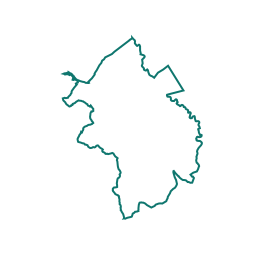 outline of Vulcan, Brasov, Romania, rotated 304°
{"feature_id": "2599482B91896780036190", "entity_name": "Vulcan", "entity_type": "district", "adm_level": 2, "iso_a3": "ROU", "parent_name": "Romania", "parent_adm1": "Brasov", "projection": "orthographic", "projection_center": [25.394, 45.633], "detail": "fine", "context": "isolated", "style": "outline", "palette": "teal", "viewbox_px": 256, "rotation_deg": 304, "n_neighbors": 0, "source": "geoboundaries", "source_scale": "gbopen_adm2", "svg_char_len": 5771}
<svg xmlns="http://www.w3.org/2000/svg" viewBox="0 0 256 256"><g transform="rotate(304 128 128)"><path d="M118.6,211.8L123.4,210.6L124.0,209.0L123.5,208.4L124.3,205.9L127.5,207.1L130.5,209.4L133.0,209.1L135.4,208.4L136.2,208.3L137.2,206.9L137.2,206.4L137.7,205.2L137.6,204.5L138.0,203.9L139.3,202.6L141.4,201.8L142.4,200.8L143.4,200.6L144.1,200.3L145.4,200.1L146.1,199.6L147.1,198.4L148.4,197.9L151.1,197.7L154.5,198.2L155.7,198.1L156.3,198.0L157.2,197.3L157.5,195.8L157.5,195.1L157.2,194.4L156.6,193.5L156.1,192.4L156.2,191.7L156.4,191.4L156.6,191.2L156.9,191.2L157.3,190.5L159.0,190.2L159.6,190.5L160.2,192.1L161.1,193.1L161.9,193.5L162.7,193.4L163.3,193.0L163.2,192.4L162.7,191.9L162.5,191.4L163.2,190.6L163.7,189.5L165.3,188.1L165.9,187.1L166.5,186.8L168.0,187.7L169.1,186.4L169.7,185.0L170.0,184.7L170.5,184.4L172.1,184.2L172.6,183.9L173.0,183.4L173.0,182.7L172.9,182.3L172.0,181.2L171.6,180.5L171.6,180.2L173.3,178.1L174.4,177.3L174.9,176.7L174.9,176.3L173.9,175.4L173.5,175.2L171.9,175.4L171.1,174.5L171.0,173.7L171.2,173.2L171.6,172.9L172.1,172.9L173.8,172.1L175.1,171.9L175.6,171.5L175.8,171.0L175.7,170.4L175.4,170.1L174.9,170.0L174.5,169.7L174.4,169.2L176.3,167.9L176.4,166.9L176.1,165.7L176.2,165.1L177.0,164.2L177.1,163.5L176.6,162.5L177.5,161.4L177.5,160.3L177.3,159.8L176.6,159.3L175.6,159.3L175.2,158.9L175.4,157.6L175.2,155.8L175.3,155.1L175.5,154.6L175.9,154.5L177.0,154.8L177.3,154.6L177.7,153.6L178.4,153.2L178.7,152.5L178.7,151.9L178.6,151.7L177.9,151.4L176.1,151.1L175.1,149.4L175.0,148.8L175.1,148.2L175.3,147.8L176.8,146.8L177.2,146.1L177.3,145.4L177.1,144.9L176.2,143.5L176.1,143.1L176.6,142.3L176.9,142.0L177.4,141.8L178.5,142.7L190.1,153.0L202.0,126.4L196.2,124.5L190.6,121.9L184.3,121.6L184.4,119.4L184.0,117.4L184.1,115.9L185.6,113.7L187.0,112.3L187.3,111.2L186.9,111.0L186.2,111.0L185.6,110.7L185.2,109.1L185.5,108.4L186.2,108.0L186.6,107.1L186.9,105.4L187.3,104.7L189.8,104.0L192.6,101.5L195.1,102.0L196.4,102.0L196.9,101.5L197.1,100.3L196.1,97.2L196.9,96.9L199.0,94.7L202.5,92.3L203.3,90.9L203.2,90.5L202.7,90.3L201.3,89.8L201.1,89.4L202.0,86.4L202.7,85.9L203.9,85.3L204.5,84.4L204.7,82.8L205.2,81.0L204.7,81.4L202.0,80.1L201.7,80.2L183.7,74.1L180.3,73.3L173.8,69.6L171.5,69.7L169.4,68.9L167.0,69.5L164.0,69.2L158.1,69.8L156.7,69.7L154.2,69.9L153.7,70.5L148.9,70.3L146.3,69.7L146.0,69.8L145.7,69.6L144.2,69.3L143.6,70.4L143.3,70.2L142.8,69.5L142.5,68.7L141.9,68.0L141.6,65.9L141.0,64.7L140.1,62.0L139.9,61.2L139.9,60.4L139.4,59.5L139.5,57.0L139.8,56.3L139.7,55.8L140.0,55.6L140.3,54.4L140.6,54.2L140.5,53.3L141.1,52.1L141.2,51.4L141.3,50.3L140.9,48.8L140.9,48.5L141.1,48.1L141.0,47.5L141.0,47.3L140.3,47.6L140.1,47.5L139.6,46.6L139.0,46.2L137.7,44.7L136.9,44.2L137.2,45.0L137.1,45.9L137.7,46.3L139.2,48.5L139.1,49.7L139.2,50.0L140.0,50.2L140.2,50.4L140.3,50.9L140.5,51.0L140.1,51.6L139.8,53.2L139.1,54.5L138.7,54.7L137.5,54.9L137.0,55.1L137.3,55.8L137.9,55.8L138.0,56.4L138.7,56.7L138.7,57.9L138.8,58.3L138.7,59.8L138.4,60.4L137.7,61.0L135.7,59.9L134.9,60.9L135.0,61.2L131.4,60.8L127.6,60.7L126.8,60.8L125.4,61.6L124.6,61.5L123.0,61.7L122.0,61.4L120.0,61.1L119.5,61.3L118.0,59.8L117.6,58.6L116.1,57.4L114.7,59.0L114.2,61.8L113.7,62.5L113.3,63.6L113.2,64.2L113.2,65.4L113.0,67.0L113.1,67.5L113.5,67.8L114.4,68.4L114.9,68.2L115.3,68.3L115.7,68.9L116.2,69.1L117.1,68.7L117.4,69.1L118.3,69.5L119.0,70.0L120.8,70.4L123.3,71.6L123.4,72.2L124.4,74.1L124.6,75.3L125.0,76.0L124.9,77.4L125.0,77.9L125.0,78.3L124.8,80.0L125.0,81.0L124.4,81.8L124.2,82.4L124.6,83.8L124.5,84.5L125.8,84.5L124.5,88.0L124.5,88.4L122.7,89.7L121.6,89.2L121.3,88.4L119.3,88.6L117.7,89.5L116.2,90.2L114.9,91.3L114.6,91.8L113.9,93.7L113.5,94.1L113.4,95.1L113.1,95.5L112.9,96.2L112.7,96.4L111.8,96.0L111.4,96.0L109.7,94.9L108.5,93.5L107.3,92.9L106.8,92.8L105.1,91.5L103.5,91.0L102.6,91.1L101.9,91.7L101.2,91.9L100.0,91.9L98.4,92.4L98.1,92.2L98.5,91.7L98.5,91.3L97.8,91.6L96.1,91.8L95.3,91.6L93.4,92.0L92.4,92.0L90.8,92.3L90.2,92.7L88.7,94.3L88.8,94.5L88.8,95.1L89.4,96.6L90.0,99.1L90.5,99.9L90.5,100.6L90.2,101.7L90.7,102.4L90.7,102.8L91.1,104.0L90.2,105.6L90.2,107.4L90.3,107.9L91.3,109.1L92.4,109.6L92.7,109.8L93.1,111.0L93.6,111.4L94.0,111.6L95.2,111.7L95.7,111.8L96.7,112.7L96.7,113.2L96.2,114.8L96.0,116.3L96.2,117.9L96.1,119.2L94.9,119.3L94.3,119.8L94.1,120.5L94.4,121.9L94.4,122.8L94.0,123.8L94.6,124.8L95.0,125.0L95.2,126.1L97.5,128.2L98.5,128.9L98.7,130.2L97.9,131.8L97.3,133.4L97.2,136.2L96.9,136.4L96.0,136.4L95.1,136.8L94.3,137.9L90.8,140.8L89.8,141.8L88.6,143.3L88.2,144.9L87.4,146.3L86.8,146.9L85.7,147.1L84.8,147.0L84.1,147.9L83.4,148.3L82.1,148.4L80.5,147.7L79.4,148.0L75.8,149.7L74.7,150.8L73.0,152.0L72.8,151.9L71.7,150.8L70.9,149.7L70.5,149.6L69.4,149.4L68.9,149.5L68.0,150.3L67.6,150.4L67.3,150.9L66.7,153.1L66.1,154.5L66.4,156.3L66.4,156.8L66.6,157.1L66.6,157.6L66.3,158.2L66.4,158.5L66.0,158.8L65.8,159.2L65.1,159.5L64.7,160.2L64.0,160.9L62.1,162.1L61.5,162.9L60.2,163.6L59.9,164.8L59.3,165.6L58.4,166.3L57.9,166.3L56.7,167.4L56.0,167.8L56.1,168.0L55.2,169.2L53.9,172.2L51.8,174.6L51.0,175.2L50.8,175.2L50.9,175.3L51.2,176.3L51.5,176.6L52.0,176.8L53.5,177.9L55.9,180.2L56.7,180.7L59.2,180.0L59.5,179.8L59.8,179.8L61.2,180.6L62.5,180.7L62.7,181.0L64.0,182.4L65.0,183.1L65.6,182.5L66.3,182.3L67.2,181.6L70.4,179.9L72.2,179.4L72.6,179.4L73.8,180.7L73.9,181.2L74.7,182.5L75.0,184.4L74.7,186.9L75.1,191.8L78.3,193.7L79.9,193.8L82.4,195.6L83.4,196.7L84.6,198.7L88.6,200.6L89.1,200.6L90.5,200.2L91.7,200.2L93.2,199.5L97.4,199.3L99.5,198.8L102.8,199.5L104.3,200.2L105.1,200.4L107.4,200.3L109.0,199.9L111.8,196.9L113.3,194.3L116.5,190.5L117.6,189.8L118.0,190.0L117.1,192.5L116.1,197.0L116.3,197.1L115.7,198.8L115.5,201.2L115.6,202.7L116.1,203.3L117.0,205.2L116.6,207.7L117.1,208.3L117.5,210.4L118.6,211.8Z" fill="none" stroke="#0f766e" stroke-width="2"/></g></svg>